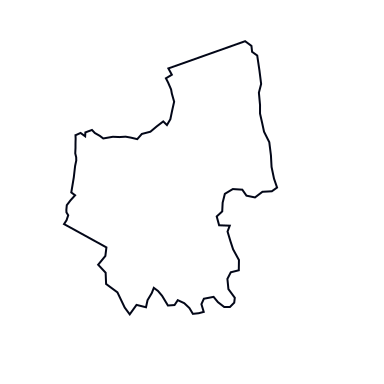 Morfou, Cyprus (orthographic projection), rotated 59°
{"feature_id": "46923920B39754802683787", "entity_name": "Morfou", "entity_type": "district", "adm_level": 2, "iso_a3": "CYP", "parent_name": "Cyprus", "parent_adm1": "", "projection": "orthographic", "projection_center": [32.978, 35.222], "detail": "fine", "context": "isolated", "style": "outline", "palette": "ink", "viewbox_px": 384, "rotation_deg": 59, "n_neighbors": 0, "source": "geoboundaries", "source_scale": "gbopen_adm2", "svg_char_len": 1512}
<svg xmlns="http://www.w3.org/2000/svg" viewBox="0 0 384 384"><g transform="rotate(59 192 192)"><path d="M267.1,290.8L261.8,285.8L257.9,278.5L254.5,274.1L259.4,272.1L265.7,271.1L276.9,271.1L279.9,265.2L277.4,259.9L283.3,255.9L290.1,254.0L296.9,254.0L299.4,248.6L300.8,243.7L293.0,241.7L289.6,236.8L293.0,227.5L299.8,226.5L307.2,223.6L310.1,218.7L308.6,212.8L304.7,209.8L294.0,210.8L284.7,206.4L280.8,200.1L283.2,192.2L274.5,186.8L262.3,186.3L254.0,184.4L244.2,181.9L240.3,177.0L234.5,185.9L225.7,183.4L224.2,176.1L216.9,171.2L210.5,164.8L210.5,155.5L215.9,147.7L223.2,147.2L229.1,140.8L228.1,131.5L232.5,123.2L232.0,116.8L222.7,114.8L211.5,110.9L201.3,105.5L189.1,100.1L177.4,99.2L168.6,96.2L159.8,93.3L152.5,88.9L141.3,83.5L135.0,77.1L122.8,71.7L108.6,65.8L102.8,68.3L97.4,65.8L90.1,68.8L73.9,148.6L81.1,148.9L81.1,155.8L85.8,156.1L93.3,157.1L97.3,158.6L105.4,160.8L112.0,167.1L118.5,173.1L121.7,179.0L116.7,180.3L117.6,188.4L118.9,196.6L116.4,205.1L118.5,211.7L113.9,216.4L110.4,220.4L107.6,225.8L103.9,231.4L100.4,240.5L96.4,242.1L91.4,244.9L87.3,245.8L86.0,252.7L89.2,254.9L84.0,257.1L83.4,262.3L83.3,262.6L86.4,264.3L88.7,265.8L90.8,267.1L94.6,269.4L94.7,269.5L98.8,272.2L102.6,273.4L105.4,275.0L109.5,278.8L118.6,285.8L130.2,295.7L134.6,293.9L136.6,300.5L138.8,306.1L142.6,308.9L144.8,310.1L148.2,310.1L151.6,314.1L153.6,318.2L195.4,293.9L202.2,299.2L206.0,309.9L216.7,307.6L226.6,313.0L239.6,307.6L256.4,309.2L264.8,308.4L260.2,297.7L267.1,290.8Z" fill="none" stroke="#020617" stroke-width="2"/></g></svg>